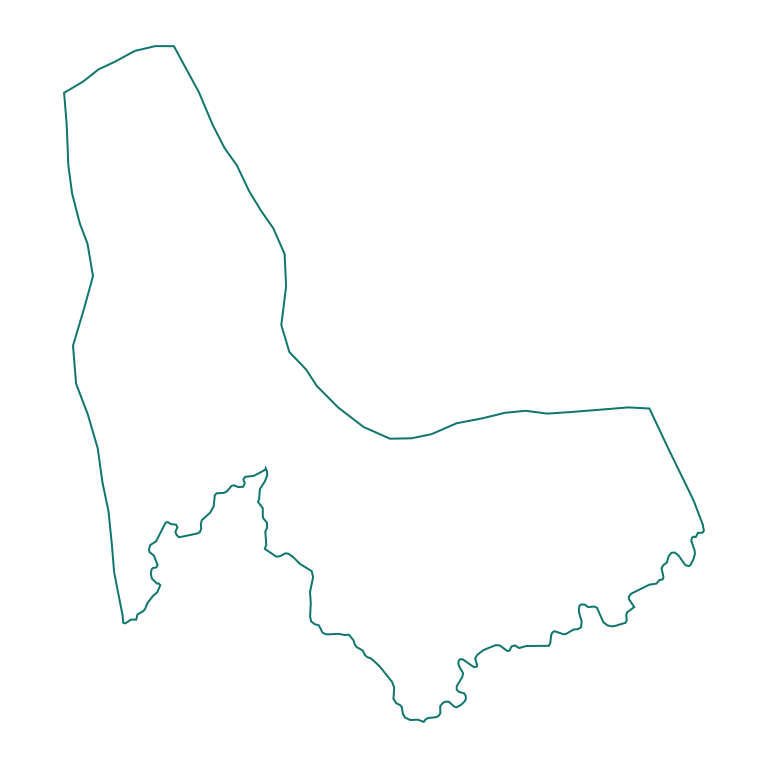 outline of La Nya Pendé, Logone Oriental, Chad
{"feature_id": "50815135B51143570982343", "entity_name": "La Nya Pendé", "entity_type": "district", "adm_level": 2, "iso_a3": "TCD", "parent_name": "Chad", "parent_adm1": "Logone Oriental", "projection": "robinson", "projection_center": [16.781, 7.997], "detail": "fine", "context": "isolated", "style": "outline", "palette": "teal", "viewbox_px": 768, "rotation_deg": 0, "n_neighbors": 0, "source": "geoboundaries", "source_scale": "gbopen_adm2", "svg_char_len": 4796}
<svg xmlns="http://www.w3.org/2000/svg" viewBox="0 0 768 768"><path d="M289.4,352.1L281.3,325.1L286.1,286.5L284.6,254.0L273.3,228.3L261.2,211.0L249.1,191.1L236.9,165.4L224.7,148.3L212.7,124.9L198.8,92.0L183.8,64.5L173.9,46.2L155.3,46.1L134.8,50.9L115.3,61.5L98.5,69.4L82.9,81.7L64.1,92.8L66.7,124.7L68.3,164.8L72.1,193.6L79.8,223.4L87.5,243.7L93.0,276.1L84.1,308.5L73.0,345.7L76.1,383.7L87.9,414.7L97.7,448.2L102.4,482.2L108.5,511.2L111.9,544.9L114.1,571.9L117.8,591.1L119.1,597.8L121.7,610.8L122.6,615.4L123.2,622.7L123.4,622.8L125.2,623.4L131.1,619.6L136.2,619.6L137.0,616.5L137.4,614.5L139.2,613.5L139.4,613.3L143.2,611.2L144.0,610.3L145.1,609.0L146.1,606.4L146.2,606.2L146.5,605.5L147.5,602.9L152.9,596.0L155.9,593.4L157.3,592.2L160.3,585.2L159.0,583.8L158.6,583.4L157.4,583.5L156.9,583.5L156.5,583.1L152.0,578.7L151.2,575.6L150.8,574.0L151.6,569.4L152.3,568.6L152.8,568.1L156.3,567.4L157.6,564.9L153.8,555.4L149.7,552.3L148.9,549.6L150.2,545.1L156.1,541.3L162.4,529.0L165.7,522.6L167.0,522.3L167.8,522.1L171.1,524.1L172.3,524.3L172.8,524.3L176.1,524.7L176.7,525.9L177.4,527.3L175.4,531.8L176.4,534.6L176.7,535.1L177.6,536.0L179.0,537.3L191.1,534.8L197.6,533.4L199.9,532.1L201.2,528.5L200.8,524.1L201.4,521.9L201.8,520.2L206.0,516.4L210.2,512.6L212.0,509.4L213.6,506.6L214.8,495.3L216.6,493.3L218.1,493.2L221.4,493.0L223.9,492.9L225.2,492.2L226.9,491.4L231.5,485.9L234.2,485.3L238.2,487.1L243.2,486.8L243.7,485.7L244.8,483.4L244.0,481.3L243.4,479.5L243.5,479.3L245.1,476.9L246.6,476.7L253.9,475.8L258.9,473.2L265.4,469.7L265.7,468.4L266.7,470.7L267.0,471.4L267.2,475.5L264.8,481.5L259.9,489.1L259.1,499.0L258.5,500.5L258.0,501.9L262.8,508.2L262.8,514.2L262.9,517.7L264.5,519.8L267.0,522.8L267.1,527.7L266.0,530.0L265.3,531.5L266.3,544.6L265.2,547.7L264.8,548.9L270.2,552.5L276.2,556.6L277.7,556.5L279.6,556.3L283.7,554.3L284.0,554.1L285.6,553.3L288.3,553.7L290.1,554.9L292.8,556.7L299.9,563.9L311.7,571.1L313.1,577.2L310.0,592.0L310.6,600.6L310.6,601.1L310.8,603.1L310.5,608.5L310.3,612.3L310.1,616.4L310.6,618.7L311.1,621.4L314.5,624.1L318.8,625.3L319.6,626.9L322.5,632.6L325.8,634.3L327.9,634.3L330.9,634.3L331.8,634.2L333.9,634.0L336.5,633.9L337.7,633.9L339.2,633.9L344.4,635.0L348.2,634.8L349.1,634.8L351.4,637.7L353.5,640.3L354.8,644.6L356.7,647.1L362.7,650.5L363.6,652.3L364.2,653.5L364.9,655.0L367.1,657.0L369.5,657.9L371.4,658.7L376.1,663.0L379.6,666.3L391.9,681.7L392.5,683.1L394.2,687.5L393.6,696.8L393.4,698.8L396.2,703.1L400.2,705.2L401.9,707.2L402.5,711.5L402.6,712.3L402.9,714.0L403.5,715.0L405.2,717.7L408.2,719.0L409.9,719.8L410.4,720.0L412.9,719.9L418.0,719.7L423.7,721.9L424.7,720.6L425.3,719.6L428.1,718.0L436.2,717.2L438.3,715.9L439.0,715.5L439.5,714.7L440.3,713.5L440.2,706.2L442.9,702.8L443.0,702.8L443.7,702.5L445.6,701.6L449.0,701.8L453.3,705.8L454.3,706.7L456.9,707.2L459.2,705.9L460.6,705.2L464.6,701.4L465.5,699.6L465.9,698.9L465.8,697.1L465.6,695.6L464.6,694.0L464.2,693.3L458.9,691.9L457.2,690.1L456.7,689.6L456.7,687.5L456.7,686.2L458.7,682.9L462.3,677.0L462.4,676.6L463.1,673.1L459.5,667.1L458.3,663.6L458.6,661.0L460.1,659.2L462.5,659.3L462.9,659.4L473.8,667.1L474.9,666.9L476.6,666.7L477.2,665.6L475.6,659.9L475.2,658.3L477.5,654.6L479.9,652.8L483.3,650.2L485.0,649.5L487.3,648.5L494.6,645.6L495.8,645.1L496.9,645.2L499.9,645.5L503.8,648.4L507.4,651.0L509.3,650.7L510.8,647.9L511.6,646.4L515.0,645.4L519.1,648.1L522.7,647.0L526.6,646.0L548.9,645.8L550.2,643.4L551.3,634.6L551.6,634.1L552.6,632.3L553.7,631.7L554.0,631.5L554.5,631.2L559.9,633.0L563.3,634.2L565.2,634.0L566.1,633.9L568.6,632.4L573.6,629.5L577.7,629.2L578.3,628.9L581.0,627.3L581.7,621.7L579.8,615.1L579.1,612.7L578.9,608.6L579.5,605.7L581.4,604.4L584.7,604.6L585.4,605.1L588.2,607.1L591.5,606.8L593.7,606.5L596.9,607.7L600.3,615.3L602.9,621.1L603.3,621.9L603.4,622.3L607.4,625.4L607.6,625.4L611.9,626.4L613.7,626.1L615.2,625.9L621.4,624.0L625.5,622.8L626.3,621.2L626.8,620.3L626.2,615.8L627.0,612.4L633.2,607.8L634.2,607.1L629.8,600.4L628.9,599.1L628.9,598.5L628.8,596.8L631.0,593.8L633.7,592.4L649.5,584.6L653.1,584.1L656.4,583.6L658.2,581.5L659.4,580.0L662.5,579.5L663.5,577.2L663.4,576.7L661.5,568.2L663.4,565.1L666.0,563.2L666.8,562.6L668.7,556.1L671.4,552.8L672.6,552.7L674.8,552.5L678.0,555.1L678.7,555.7L685.4,565.2L687.8,565.8L688.9,566.1L690.6,564.8L693.4,559.3L694.0,557.2L694.9,554.2L694.6,550.3L692.2,543.5L691.3,541.0L691.6,539.3L691.9,537.9L692.9,537.0L693.2,536.7L695.7,537.1L697.1,534.5L697.9,532.9L699.8,532.8L702.6,532.6L703.9,530.8L703.3,527.7L702.8,525.5L703.0,525.2L696.2,507.3L693.9,501.3L690.9,494.9L667.8,447.5L649.4,408.5L628.3,407.4L597.7,409.9L569.8,412.1L547.3,413.6L525.6,410.8L505.0,412.8L481.9,418.4L456.5,423.3L431.4,434.2L411.4,438.3L389.9,438.7L363.6,427.0L338.3,407.6L316.8,386.0L306.1,369.5L289.4,352.1Z" fill="none" stroke="#0f766e" stroke-width="2"/></svg>